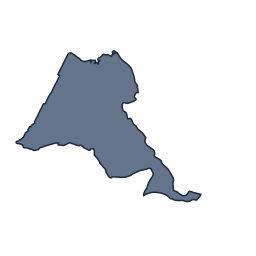 the border of Cameroon, rotated 116°
{"feature_id": "CMR", "entity_name": "Cameroon", "entity_type": "country or territory", "adm_level": 0, "iso_a3": "CMR", "parent_name": "Africa", "parent_adm1": "", "projection": "albers", "projection_center": [12.994, 7.377], "detail": "fine", "context": "isolated", "style": "filled", "palette": "slate", "viewbox_px": 256, "rotation_deg": 116, "n_neighbors": 0, "source": "natural_earth", "source_scale": "50m", "svg_char_len": 4198}
<svg xmlns="http://www.w3.org/2000/svg" viewBox="0 0 256 256"><g transform="rotate(116 128 128)"><path d="M65.1,171.3L65.6,170.0L66.6,168.4L67.8,166.5L69.2,164.0L70.2,159.6L70.9,156.8L71.5,154.3L72.6,152.0L73.6,150.5L76.6,147.6L78.8,145.4L80.0,144.5L80.8,143.8L82.2,142.9L83.6,141.9L84.7,140.0L85.6,138.2L86.2,137.8L87.1,137.5L89.8,135.5L91.6,134.3L92.0,134.9L92.2,135.7L92.6,136.0L94.0,136.3L96.0,136.3L97.1,136.1L97.7,135.4L98.3,133.6L98.7,133.3L99.2,133.2L101.3,134.5L103.1,136.2L104.9,138.0L105.7,138.6L106.1,139.3L106.9,142.5L107.3,143.3L108.1,143.6L109.5,143.4L110.9,142.9L112.2,142.1L113.4,141.0L114.3,140.1L114.7,139.4L114.9,136.7L115.1,136.2L116.4,135.1L118.5,133.4L119.8,132.4L119.7,132.0L118.9,131.0L118.2,129.8L118.9,128.6L119.6,127.7L122.3,124.6L122.3,123.5L122.5,122.3L124.6,118.7L125.9,114.0L125.9,113.1L127.2,110.8L128.7,107.9L131.6,107.4L132.8,106.7L134.1,105.4L134.9,104.2L135.3,103.0L135.6,100.8L136.1,98.3L136.4,96.1L137.3,94.1L138.8,93.0L141.3,92.2L141.7,91.8L142.1,90.4L142.3,87.6L142.4,85.9L142.5,85.2L142.9,83.9L145.2,81.7L146.2,78.2L147.2,74.5L149.8,70.1L153.0,65.6L154.4,64.4L155.6,63.9L157.0,63.8L158.0,63.5L161.4,61.3L162.8,60.5L163.8,59.8L164.0,59.1L164.1,58.1L163.8,55.8L164.4,54.2L164.7,51.6L164.9,49.5L164.7,48.8L164.2,47.9L164.1,47.7L163.1,46.4L161.4,45.7L159.1,45.5L157.9,45.0L157.7,44.0L157.5,43.4L157.4,42.7L157.3,41.2L155.7,33.5L158.6,33.5L162.1,34.5L163.0,35.1L163.5,37.8L164.8,39.3L167.0,40.5L168.4,43.0L169.0,46.9L170.2,49.2L170.5,49.5L171.9,52.9L172.2,53.9L172.4,55.9L172.2,57.2L172.9,58.9L171.9,61.8L171.5,63.5L171.5,66.0L172.1,70.4L173.2,73.7L174.3,76.4L175.5,78.5L177.6,80.8L179.7,83.0L181.7,84.3L179.9,85.1L176.3,85.2L174.2,84.8L173.2,84.8L172.2,85.0L168.4,85.5L164.5,85.3L160.9,84.8L158.7,84.9L157.0,86.2L155.7,88.1L154.4,89.7L154.9,91.4L155.8,92.3L157.7,94.4L159.4,96.4L160.2,97.7L163.6,100.7L166.8,103.3L167.4,103.8L168.3,104.2L168.9,104.4L170.6,105.9L173.1,108.4L175.3,112.3L176.9,116.3L178.5,120.1L179.2,120.8L180.2,121.2L180.4,122.0L180.3,123.2L180.0,124.2L179.1,125.6L177.5,128.3L175.3,129.9L174.7,130.9L174.3,132.0L173.9,133.2L172.7,135.8L171.9,137.9L171.0,138.5L169.0,141.7L167.7,144.8L167.5,145.7L167.1,146.3L166.4,146.8L164.1,147.8L163.3,148.2L162.7,148.8L162.2,149.5L162.0,150.3L162.5,151.4L163.2,152.3L163.8,152.4L164.4,152.3L164.8,152.9L165.1,153.2L165.1,159.3L164.5,160.2L164.6,160.6L164.3,161.7L164.2,162.9L164.4,163.4L164.9,163.7L165.5,164.6L165.9,166.4L166.7,173.1L167.0,174.1L167.7,174.8L169.7,176.3L171.9,178.1L172.5,179.4L172.9,181.4L173.8,182.9L173.7,183.5L173.4,183.7L172.6,183.7L172.1,183.8L172.5,185.0L173.6,187.0L175.5,189.0L177.5,191.2L179.1,193.1L181.2,195.2L182.8,196.8L184.4,198.5L185.6,198.9L186.6,199.0L187.0,199.3L187.4,200.1L188.3,201.0L189.2,202.1L189.5,203.2L189.2,204.3L189.5,205.9L189.6,206.0L189.9,206.6L189.8,207.2L190.0,209.3L190.5,211.1L191.3,212.6L191.3,212.8L191.2,213.7L190.2,214.3L189.6,215.3L189.4,216.8L189.7,218.5L190.5,220.5L190.5,221.7L190.3,221.8L189.8,222.2L189.3,222.5L187.9,221.1L186.3,220.2L184.0,218.6L181.6,218.0L178.6,217.9L177.3,218.1L176.3,217.5L175.0,216.8L174.3,216.6L173.3,217.2L172.6,217.2L171.8,217.0L170.0,217.0L169.9,216.1L169.6,215.9L167.7,216.0L167.1,215.2L166.9,215.3L166.2,215.1L164.7,213.9L163.1,214.7L159.8,214.6L155.6,214.6L151.3,214.7L147.3,214.6L143.3,214.6L142.9,213.6L142.1,213.0L140.6,213.0L136.3,213.2L132.9,213.0L131.8,212.9L130.7,212.6L127.9,212.4L124.4,212.6L123.6,212.5L120.9,212.5L114.6,212.2L111.1,212.3L111.1,212.9L110.9,213.4L110.7,214.5L106.9,214.5L101.8,214.4L97.0,214.4L93.8,214.4L88.3,214.3L86.5,213.6L86.0,213.1L85.9,212.5L85.8,212.2L85.4,212.1L85.8,208.2L86.5,204.9L86.9,201.9L87.9,199.3L87.4,196.6L86.8,195.4L83.4,191.6L85.0,190.2L82.9,190.4L82.5,189.0L81.5,187.3L82.1,187.0L82.7,186.1L84.6,186.4L84.5,186.0L82.9,184.5L83.1,183.8L83.7,183.0L83.4,182.7L82.3,183.5L81.5,183.5L80.8,182.9L80.4,182.8L80.6,183.9L80.0,184.9L79.4,185.2L78.3,185.2L77.5,184.9L77.3,184.4L76.5,183.9L74.2,183.2L72.4,182.4L72.0,180.0L71.3,179.0L71.0,177.9L70.8,176.6L71.1,174.7L70.6,174.4L70.1,174.2L69.3,174.3L68.5,174.2L67.6,173.1L66.8,172.7L67.3,174.7L66.8,175.3L65.4,175.1L64.8,174.3L64.7,173.7L65.4,171.3L65.1,171.3Z" fill="#64748b" stroke="#1e293b" stroke-width="1.5"/></g></svg>